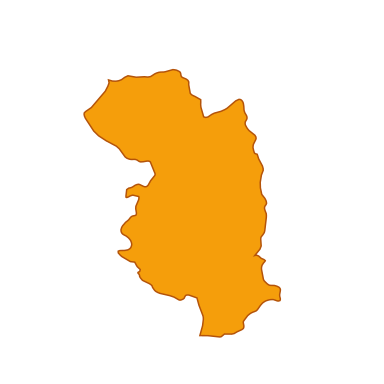 map outline of Huancavelica (Mercator projection), rotated 142°
{"feature_id": "PER-588", "entity_name": "Huancavelica", "entity_type": "Department", "adm_level": 1, "iso_a3": "PER", "parent_name": "Peru", "parent_adm1": "", "projection": "mercator", "projection_center": [-74.962, -13.06], "detail": "fine", "context": "isolated", "style": "filled", "palette": "amber", "viewbox_px": 384, "rotation_deg": 142, "n_neighbors": 0, "source": "natural_earth", "source_scale": "10m", "svg_char_len": 4170}
<svg xmlns="http://www.w3.org/2000/svg" viewBox="0 0 384 384"><g transform="rotate(142 192 192)"><path d="M274.2,74.0L266.0,80.1L261.6,84.5L260.4,86.1L259.6,87.6L256.2,98.6L253.3,105.5L257.9,112.7L258.8,113.5L260.1,114.3L260.8,114.3L261.6,114.1L262.2,113.9L263.3,113.2L264.1,113.1L265.1,113.1L266.9,113.6L267.9,114.1L268.5,114.7L268.8,115.2L270.3,118.9L270.9,120.3L273.3,124.0L279.7,131.9L280.9,134.0L281.7,135.9L282.0,137.4L281.9,140.0L281.7,141.5L281.2,142.8L281.4,144.1L282.0,146.0L284.8,151.6L285.4,152.9L285.5,154.5L285.5,156.2L285.4,156.9L285.3,157.6L284.6,158.8L284.4,159.4L284.4,160.0L284.5,160.6L284.5,161.2L284.3,161.7L284.2,161.8L283.9,161.9L282.2,161.6L281.8,161.8L281.5,162.0L280.5,162.8L281.1,166.8L281.0,168.0L280.3,172.0L283.4,175.1L287.0,184.2L287.4,186.2L287.6,189.4L286.6,190.8L285.8,190.6L284.8,190.2L280.9,187.3L278.2,185.9L276.3,185.6L274.7,185.8L273.5,186.4L272.5,187.1L271.6,188.0L271.0,189.2L270.5,190.5L270.2,191.9L270.2,193.5L270.3,195.1L271.0,197.9L272.1,200.3L272.5,201.5L272.6,202.7L272.3,204.2L271.3,205.9L269.2,207.4L267.4,208.1L263.0,209.0L260.4,209.0L258.9,209.1L256.2,209.8L254.8,209.9L253.5,209.6L251.3,208.5L250.4,208.3L249.5,208.8L248.7,209.7L246.6,213.5L245.0,215.3L238.9,218.7L237.3,220.1L236.8,221.2L237.7,222.4L240.6,226.0L241.8,226.5L243.3,227.0L244.9,227.2L246.8,227.8L247.2,228.5L246.5,229.5L242.0,234.1L239.5,234.0L237.9,233.2L236.1,232.6L232.5,232.3L230.6,231.7L229.2,230.9L228.6,230.0L226.7,226.2L225.9,225.1L224.8,224.4L223.6,224.2L222.3,224.4L217.6,226.4L211.2,227.9L210.4,228.4L209.8,229.2L206.3,241.4L206.7,242.4L207.4,243.3L208.5,244.1L212.0,246.0L214.0,247.4L214.5,248.1L214.8,248.6L215.3,250.1L215.7,251.2L216.4,252.3L217.3,253.2L219.4,254.7L220.3,255.5L221.0,256.3L221.5,257.0L222.5,258.7L223.1,260.8L222.7,270.8L223.4,274.7L228.0,285.0L231.0,293.8L231.9,300.5L230.6,315.8L230.0,318.1L229.1,319.8L228.1,320.7L226.1,320.9L219.3,320.5L198.3,324.8L193.1,327.2L190.1,329.1L188.8,331.7L186.4,328.4L183.8,326.2L181.5,324.9L179.8,324.3L178.2,323.9L174.5,323.8L170.9,323.0L165.3,316.8L158.5,312.1L156.2,309.9L154.5,308.9L153.3,308.4L148.6,308.0L146.8,307.6L144.4,306.7L142.6,305.6L140.5,304.0L139.0,303.2L131.7,300.2L130.2,298.7L129.1,297.4L127.9,295.0L127.6,293.9L127.8,292.7L129.0,290.5L129.3,289.3L129.0,288.1L127.1,284.7L126.7,283.4L126.5,282.4L126.8,280.7L128.6,278.5L132.6,270.9L132.5,269.1L132.0,267.7L130.8,265.4L128.3,259.4L129.8,257.4L131.4,255.5L132.8,253.3L136.5,244.1L135.7,242.7L134.6,241.9L133.2,241.3L128.7,241.0L125.9,240.4L119.4,237.7L115.3,236.7L112.7,236.4L110.1,236.5L101.5,236.9L98.0,236.1L97.1,235.3L96.5,234.1L96.4,232.7L96.6,231.3L97.1,230.0L98.4,227.7L100.6,224.5L101.1,223.3L101.6,221.8L102.0,218.7L102.5,217.3L103.2,216.3L104.3,215.5L106.8,214.5L107.9,213.4L108.7,211.9L109.2,209.0L109.3,207.0L109.2,205.2L107.5,198.1L107.7,196.2L108.4,194.9L109.4,194.1L114.2,191.8L115.4,190.8L116.7,189.3L118.0,186.5L118.6,184.9L118.8,184.0L118.6,183.5L118.3,182.9L117.4,181.6L119.1,176.9L120.5,169.1L121.5,166.7L122.6,165.2L126.9,162.6L132.3,157.6L135.6,153.1L138.5,147.2L138.5,143.5L138.5,142.1L139.0,139.6L139.6,138.2L140.3,137.1L141.6,136.4L142.8,136.1L144.0,135.5L145.0,134.4L145.8,132.6L146.8,129.3L147.7,127.9L149.0,126.3L158.6,116.6L160.1,115.5L162.4,114.7L164.1,114.3L165.7,113.8L166.9,112.5L170.7,106.9L173.7,105.1L181.6,103.3L180.5,102.8L180.4,102.7L179.9,102.3L179.0,100.7L178.8,100.1L178.3,97.1L177.0,94.7L176.8,94.2L176.5,92.8L176.8,92.6L177.5,92.4L179.5,92.0L182.0,91.1L183.4,90.0L184.4,88.9L185.1,87.8L189.4,79.4L189.8,78.0L189.7,76.5L189.3,73.5L188.9,72.1L188.4,70.9L187.5,70.0L184.6,67.6L183.1,65.5L182.5,64.3L182.0,63.1L182.0,61.8L182.4,60.7L183.2,59.8L186.0,57.3L186.7,56.4L187.3,55.4L188.0,53.7L188.7,52.8L189.5,52.3L190.9,52.8L191.8,53.6L194.0,57.0L194.9,57.8L195.9,58.5L196.8,59.1L198.5,59.9L201.0,60.8L202.7,61.0L204.8,61.1L207.9,60.5L212.8,59.0L214.4,58.8L216.4,59.3L217.9,59.8L219.6,60.2L221.6,60.4L224.3,60.3L230.6,58.6L231.5,58.1L232.0,57.5L232.9,55.8L233.6,54.5L234.4,53.6L234.9,53.2L235.5,52.9L236.4,52.8L237.6,52.9L242.7,54.1L245.9,54.5L248.2,55.6L253.9,60.1L257.6,60.0L258.4,60.1L259.6,60.9L267.7,68.8L274.2,74.0Z" fill="#f59e0b" stroke="#b45309" stroke-width="1.5"/></g></svg>